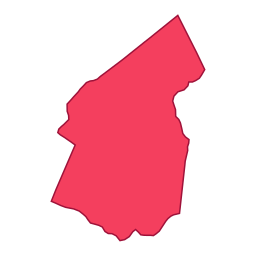 the district of Massaranduba, Paraíba, Brazil
{"feature_id": "56859067B15048816693179", "entity_name": "Massaranduba", "entity_type": "district", "adm_level": 2, "iso_a3": "BRA", "parent_name": "Brazil", "parent_adm1": "Paraíba", "projection": "equal_earth", "projection_center": [-35.759, -7.193], "detail": "fine", "context": "isolated", "style": "filled", "palette": "rose", "viewbox_px": 256, "rotation_deg": 0, "n_neighbors": 0, "source": "geoboundaries", "source_scale": "gbopen_adm2", "svg_char_len": 1218}
<svg xmlns="http://www.w3.org/2000/svg" viewBox="0 0 256 256"><path d="M177.8,15.4L171.7,20.3L148.0,39.4L144.4,42.2L122.4,59.8L103.1,74.4L100.5,76.3L97.4,79.1L93.5,80.6L90.2,81.0L86.4,82.6L83.3,86.0L80.3,89.0L78.3,91.8L76.1,94.2L73.6,96.9L70.8,100.1L67.1,104.1L67.2,111.3L68.6,115.4L68.8,119.5L63.8,124.5L61.4,126.5L58.8,129.1L57.8,132.6L60.3,134.8L64.1,137.2L67.6,139.6L71.1,142.0L75.2,145.0L55.8,190.0L51.3,201.3L55.1,202.9L60.8,205.5L65.6,207.3L68.6,207.9L73.7,208.9L79.3,211.1L83.2,214.2L85.9,216.6L88.0,219.8L90.5,223.0L94.9,224.2L98.8,225.3L102.3,227.0L105.0,231.5L108.2,233.5L112.1,233.7L116.2,235.8L120.0,240.6L124.7,239.6L129.3,236.6L132.8,231.7L135.6,229.5L138.4,232.1L140.8,234.8L143.6,235.2L146.7,235.3L150.5,235.3L153.4,235.6L156.2,233.7L159.3,231.1L165.8,221.2L167.9,218.6L170.8,216.2L173.6,214.8L179.5,213.4L184.3,169.8L184.8,165.4L185.2,161.2L187.7,150.5L187.5,146.8L188.7,143.2L189.0,139.6L185.4,136.9L182.8,133.5L181.7,128.3L180.4,122.9L178.8,119.5L175.7,116.4L175.5,109.6L174.1,105.5L172.7,101.1L173.9,96.2L177.9,91.8L184.1,89.8L187.9,85.8L188.8,82.0L192.4,82.0L195.6,80.6L199.3,78.3L201.5,75.1L204.7,69.6L196.7,52.9L184.8,29.3L177.8,15.4Z" fill="#f43f5e" stroke="#9f1239" stroke-width="1.5"/></svg>